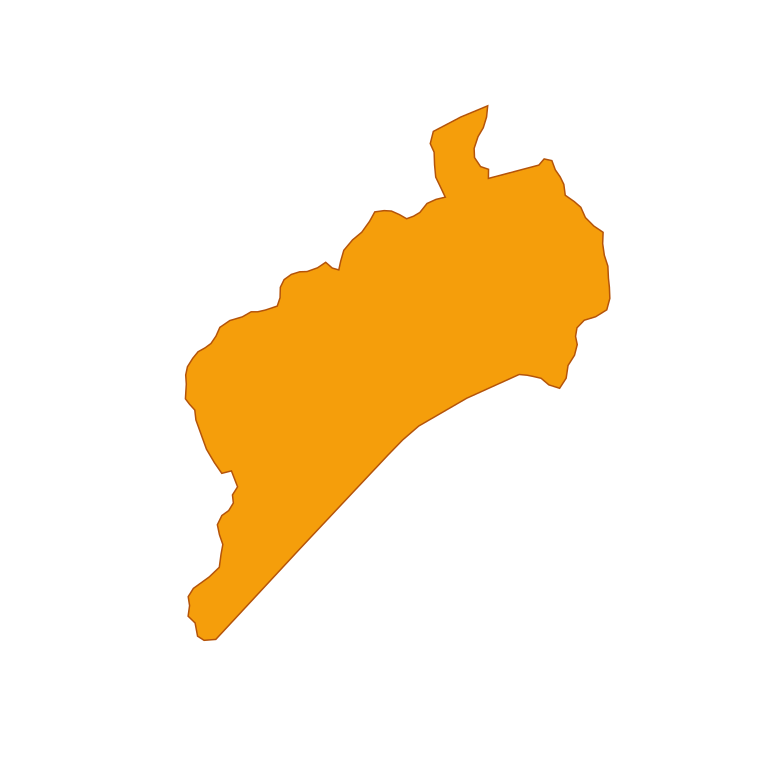 outline of Pedras Grandes, Santa Catarina, Brazil, rotated 16°
{"feature_id": "56859067B67009186036385", "entity_name": "Pedras Grandes", "entity_type": "district", "adm_level": 2, "iso_a3": "BRA", "parent_name": "Brazil", "parent_adm1": "Santa Catarina", "projection": "equal_earth", "projection_center": [-49.21, -28.49], "detail": "fine", "context": "isolated", "style": "filled", "palette": "amber", "viewbox_px": 768, "rotation_deg": 16, "n_neighbors": 0, "source": "geoboundaries", "source_scale": "gbopen_adm2", "svg_char_len": 1656}
<svg xmlns="http://www.w3.org/2000/svg" viewBox="0 0 768 768"><g transform="rotate(16 384 384)"><path d="M281.7,680.0L292.7,675.9L348.5,565.7L377.6,509.1L383.5,497.6L407.4,451.2L417.3,432.7L429.0,414.8L467.5,374.8L511.3,337.6L519.2,336.1L525.5,335.6L533.4,335.2L542.7,339.4L554.0,339.7L557.5,328.2L555.8,315.5L559.2,303.9L558.9,292.9L555.0,285.4L554.0,276.8L558.9,267.5L568.9,261.0L577.7,251.3L577.5,239.5L574.0,228.9L570.6,220.5L566.7,209.0L560.3,199.5L555.5,188.8L552.8,177.8L542.1,174.3L531.7,168.5L524.5,159.9L516.6,156.2L506.2,152.6L501.8,142.5L496.3,136.4L489.6,130.9L483.8,123.0L475.9,123.5L472.5,130.9L427.7,157.6L425.3,148.8L416.9,148.4L408.6,141.4L405.7,132.7L406.2,120.3L408.8,110.3L409.0,99.1L407.0,88.0L384.3,106.1L361.8,127.6L362.2,140.2L368.3,147.4L372.2,159.4L376.7,170.9L384.2,179.3L391.4,187.5L383.1,192.2L375.6,198.6L371.2,209.2L366.1,214.6L360.2,218.9L352.1,216.9L343.5,215.7L336.3,217.3L327.7,221.1L325.3,231.6L320.8,244.2L314.0,254.2L308.5,266.6L308.5,277.7L309.1,286.8L302.3,286.8L294.4,283.1L288.1,290.6L279.1,297.1L272.0,299.4L264.7,304.2L259.2,311.2L257.7,319.6L260.3,329.7L259.9,338.5L249.6,345.6L242.7,349.4L236.4,351.2L229.3,358.5L218.3,365.5L210.6,374.8L209.3,384.3L206.5,392.8L201.9,398.7L196.4,404.2L193.1,411.9L190.3,421.6L190.9,430.0L194.0,438.6L197.2,453.0L202.7,457.1L209.3,461.2L213.1,470.4L231.3,495.6L242.7,506.4L252.7,514.6L261.3,509.6L271.6,523.2L268.9,532.4L272.0,539.9L269.6,548.5L264.4,555.1L262.6,565.2L267.4,574.3L273.3,582.7L274.3,592.7L276.2,605.6L269.2,617.6L257.1,633.0L254.4,642.4L258.2,650.6L259.7,661.2L268.3,665.8L274.3,677.8L281.7,680.0Z" fill="#f59e0b" stroke="#b45309" stroke-width="1.5"/></g></svg>